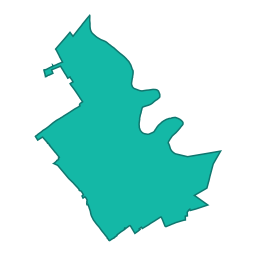 Manoleasa, Botosani, Romania (Albers equal-area conic projection)
{"feature_id": "2599482B28804438826094", "entity_name": "Manoleasa", "entity_type": "district", "adm_level": 2, "iso_a3": "ROU", "parent_name": "Romania", "parent_adm1": "Botosani", "projection": "albers", "projection_center": [27.057, 48.009], "detail": "fine", "context": "isolated", "style": "filled", "palette": "teal", "viewbox_px": 256, "rotation_deg": 0, "n_neighbors": 0, "source": "geoboundaries", "source_scale": "gbopen_adm2", "svg_char_len": 5601}
<svg xmlns="http://www.w3.org/2000/svg" viewBox="0 0 256 256"><path d="M125.5,228.6L128.9,226.1L129.7,225.7L129.9,225.6L130.1,225.6L130.3,225.8L130.6,226.2L134.9,233.4L138.1,231.1L140.0,229.5L139.7,229.3L139.2,228.9L141.3,227.2L142.3,228.5L148.7,224.7L150.5,223.4L153.6,221.5L154.6,220.9L155.8,220.1L157.7,218.9L160.5,217.1L160.9,217.0L161.2,217.1L162.4,219.5L163.4,222.1L164.6,225.1L164.9,225.9L165.1,226.2L165.5,226.5L165.8,226.6L166.1,226.6L168.2,225.7L169.3,225.3L172.3,224.0L173.7,223.5L174.6,223.1L176.1,222.5L182.1,220.7L184.0,220.2L185.4,220.0L185.3,216.2L187.4,215.9L187.2,212.2L187.7,211.6L189.0,209.8L189.8,209.2L190.2,210.5L195.8,209.0L207.8,205.0L194.4,195.4L206.9,188.1L208.5,182.1L208.6,181.6L208.8,181.2L209.9,176.4L213.2,164.0L220.6,151.1L208.4,153.2L187.6,156.7L175.3,153.8L174.4,153.2L173.6,152.7L172.1,151.4L171.5,150.6L171.2,150.2L170.5,149.0L170.2,148.1L169.9,147.2L169.6,146.1L168.9,144.1L168.4,143.3L168.2,143.0L168.4,142.1L168.7,141.3L169.2,140.6L169.8,139.5L171.8,136.6L172.3,135.9L174.5,133.9L175.2,133.3L175.8,132.8L176.9,131.6L178.0,130.4L180.4,127.6L180.8,126.9L181.6,126.0L182.7,124.7L182.9,124.3L183.0,124.0L183.0,123.6L183.0,122.7L182.7,122.0L182.2,121.4L181.4,120.5L179.8,119.3L178.3,118.5L176.5,117.8L176.1,117.7L175.7,117.5L175.2,117.4L172.7,117.7L171.9,117.9L170.7,118.4L170.3,118.4L169.4,118.4L169.0,118.5L167.4,119.1L166.6,119.3L165.1,120.1L164.4,120.5L163.7,120.9L161.9,122.1L161.0,123.0L160.7,123.3L158.4,125.3L158.2,125.6L157.9,126.0L157.1,127.0L156.6,127.7L156.2,128.5L155.2,129.8L155.0,130.2L154.6,130.9L153.8,131.9L152.7,132.5L150.6,133.4L149.1,134.1L147.8,134.3L144.4,133.7L143.2,133.2L142.4,132.7L141.8,132.2L140.9,131.2L140.2,130.1L139.6,128.4L139.3,127.6L139.3,126.7L139.1,124.4L139.2,122.7L139.7,119.2L139.6,118.4L139.8,117.4L140.0,116.6L140.3,114.9L140.9,113.2L141.1,112.3L141.4,110.6L141.6,110.3L141.7,109.7L141.8,109.4L141.9,108.5L142.1,108.2L142.5,107.3L142.9,107.1L143.7,106.7L145.5,106.1L148.2,105.3L150.0,104.6L150.8,104.2L152.3,103.2L154.1,101.6L155.9,100.2L156.7,99.8L157.5,99.2L158.9,98.0L159.6,97.3L159.8,96.8L159.8,96.4L159.8,94.5L159.5,93.6L158.4,91.0L158.0,90.7L157.3,90.1L156.9,89.9L156.0,89.6L155.1,89.5L153.2,89.4L152.3,89.5L150.4,89.8L148.1,90.1L146.7,90.2L143.9,90.6L142.9,90.8L142.1,90.9L141.5,90.9L140.3,90.7L139.5,90.5L138.1,90.0L134.4,88.6L133.7,88.2L133.4,87.9L132.6,87.1L131.7,84.9L131.5,83.3L132.1,79.4L132.3,78.2L132.6,77.3L132.6,76.4L133.0,74.1L133.1,72.6L133.1,71.7L133.0,70.7L132.9,70.3L132.3,69.6L131.9,68.2L131.1,65.9L130.6,64.6L129.6,63.0L129.2,62.1L128.9,61.8L128.3,61.0L127.0,59.7L126.4,58.9L124.3,56.8L123.6,56.2L121.7,54.6L120.2,53.5L119.5,52.9L117.3,51.0L115.1,49.0L113.9,47.9L111.4,46.2L110.7,45.5L108.9,44.2L108.3,43.7L106.4,42.1L104.8,41.2L100.8,39.6L97.1,37.4L95.8,36.4L93.1,34.0L91.9,32.8L91.5,32.1L90.9,30.9L90.5,29.7L90.2,28.4L90.0,26.3L90.0,23.2L89.7,20.7L89.8,16.0L89.8,15.6L89.7,15.4L87.4,18.1L86.9,18.7L85.3,20.7L82.6,24.0L82.2,24.5L81.9,25.1L79.6,27.9L78.3,29.5L73.0,36.3L71.8,34.7L71.3,34.1L70.0,32.3L63.9,39.5L59.0,45.1L55.6,49.1L56.6,50.6L57.3,52.0L58.8,54.9L59.1,55.4L59.5,56.4L59.8,57.1L60.3,57.9L61.1,59.4L62.5,62.1L61.0,62.7L57.6,64.1L56.3,64.8L53.5,65.9L53.3,65.9L53.0,65.7L52.8,65.3L52.7,65.2L52.8,65.9L52.5,66.5L52.3,66.6L52.1,66.7L51.5,66.8L49.9,67.6L48.5,68.3L46.6,69.3L45.3,69.8L45.2,69.8L45.0,69.7L44.9,69.7L43.9,70.0L44.5,72.4L45.0,74.1L45.2,75.3L45.5,76.4L45.5,76.7L46.4,76.5L46.6,76.4L46.8,76.3L47.0,75.9L47.7,75.5L48.2,75.3L49.3,75.0L52.9,73.3L52.7,72.9L52.5,72.1L52.2,71.6L52.0,70.9L51.8,70.5L51.6,69.8L54.9,68.5L60.5,66.2L61.6,68.0L63.1,70.4L64.7,73.1L65.8,74.7L67.8,78.2L70.0,77.0L70.5,78.1L70.8,78.4L71.9,79.9L73.0,81.9L70.1,83.6L70.6,84.6L72.5,87.0L74.7,90.0L78.1,95.0L78.4,95.5L79.4,96.9L79.6,97.2L79.7,97.6L80.4,98.5L82.6,101.8L80.1,103.5L79.6,104.6L79.5,104.9L79.6,105.2L80.0,105.9L77.6,107.4L76.3,108.1L75.5,108.5L74.2,109.3L68.4,113.1L63.4,116.2L62.7,116.8L61.4,117.5L60.7,117.9L60.4,118.2L56.6,120.3L53.1,122.8L48.6,126.6L45.5,128.9L44.8,129.3L44.1,129.7L43.5,130.1L42.7,130.6L41.9,131.4L41.4,131.8L37.8,134.4L37.3,135.0L36.0,135.8L35.4,136.4L37.7,140.1L42.1,137.3L42.6,137.1L46.9,142.0L47.2,142.3L47.2,142.5L47.6,143.2L47.9,143.0L49.7,145.1L49.5,145.3L53.6,150.3L55.0,152.1L55.6,152.6L55.9,153.0L59.3,157.3L58.4,158.1L58.5,158.4L58.7,159.0L58.6,159.3L57.6,160.1L57.0,160.3L56.9,160.4L56.4,161.2L56.1,161.5L53.9,163.4L53.7,163.5L57.4,165.2L57.6,165.3L57.9,165.6L68.2,177.9L69.1,178.9L70.8,180.5L71.4,181.1L72.0,181.7L73.0,182.6L74.2,184.0L74.5,184.3L76.5,186.5L77.1,187.0L77.3,187.4L78.4,188.5L78.7,188.8L78.9,189.3L79.1,189.8L79.2,190.2L79.3,190.4L79.9,190.7L80.5,190.8L81.2,191.2L81.5,191.8L81.8,191.9L82.3,192.8L83.4,194.8L82.6,195.4L82.0,196.0L83.0,198.1L84.9,196.8L85.3,197.3L85.8,197.8L86.2,198.3L87.1,200.0L86.8,201.5L87.1,202.3L87.0,202.5L86.8,202.8L86.7,202.9L86.9,204.5L87.1,204.8L87.9,204.4L89.2,207.8L89.3,208.1L89.3,208.4L89.4,208.7L89.6,209.1L89.8,209.6L90.5,211.9L90.5,212.2L90.6,212.8L90.8,213.9L91.4,215.8L91.8,216.7L92.5,218.0L93.2,219.5L93.7,220.3L94.6,221.5L95.5,222.7L96.0,223.4L97.3,225.0L97.7,225.4L98.5,226.4L99.5,227.5L100.0,228.3L101.0,229.7L101.7,230.7L104.1,233.6L104.9,234.7L106.8,237.0L107.1,237.4L107.2,237.5L107.3,237.8L107.3,238.3L107.4,238.5L108.2,239.0L108.5,239.5L108.7,239.8L108.9,240.3L109.4,240.6L109.7,240.6L111.1,239.6L112.0,239.1L112.4,238.7L113.3,238.3L113.7,238.2L114.0,238.0L114.5,237.6L114.4,237.4L114.6,237.2L115.3,236.8L117.0,235.6L117.0,234.9L120.9,231.9L124.8,229.3L124.8,229.2L124.7,229.1L124.5,228.8L124.5,228.6L124.6,228.2L124.9,227.8L125.0,227.8L125.5,228.6Z" fill="#14b8a6" stroke="#0f766e" stroke-width="1.5"/></svg>